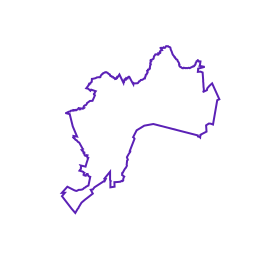 Allende, Chihuahua, Mexico (Albers equal-area conic projection), rotated 43°
{"feature_id": "50627088B83243051408080", "entity_name": "Allende", "entity_type": "district", "adm_level": 2, "iso_a3": "MEX", "parent_name": "Mexico", "parent_adm1": "Chihuahua", "projection": "albers", "projection_center": [-105.393, 27.035], "detail": "fine", "context": "isolated", "style": "outline", "palette": "violet", "viewbox_px": 256, "rotation_deg": 43, "n_neighbors": 0, "source": "geoboundaries", "source_scale": "gbopen_adm2", "svg_char_len": 5669}
<svg xmlns="http://www.w3.org/2000/svg" viewBox="0 0 256 256"><g transform="rotate(43 128 128)"><path d="M72.6,159.4L75.9,157.6L86.5,164.5L96.6,169.0L93.5,171.0L94.1,171.6L94.3,172.2L94.6,172.1L95.2,171.6L95.4,171.7L95.6,172.3L96.3,172.1L97.1,172.4L98.2,172.3L98.7,172.0L100.8,172.3L101.7,172.0L102.5,172.0L108.9,174.1L109.3,174.1L109.2,174.5L109.6,175.5L109.4,175.7L110.1,175.8L110.3,175.5L111.5,175.6L111.6,176.0L112.7,176.7L113.0,176.5L113.2,176.1L114.4,177.3L114.7,177.2L115.6,177.5L116.2,177.1L116.2,176.1L117.0,175.6L117.4,176.6L117.9,176.8L118.3,177.2L118.6,177.4L118.9,177.3L119.3,177.0L121.6,181.9L123.3,185.2L118.9,187.7L120.1,188.1L120.4,189.0L121.0,189.4L121.5,190.2L121.4,191.1L121.6,192.3L122.5,191.8L123.0,191.6L124.3,190.9L125.3,190.6L125.8,190.8L126.5,190.6L126.5,190.9L127.4,192.5L127.6,192.4L128.3,192.5L128.5,192.4L128.7,192.0L129.6,191.8L129.7,191.7L129.4,191.1L129.1,189.9L129.2,189.7L129.7,189.5L129.9,189.2L130.9,189.8L132.1,190.1L132.7,190.0L132.9,189.8L133.4,189.7L133.7,189.5L138.3,197.0L137.3,199.7L137.4,200.3L136.8,201.9L136.8,203.1L136.5,204.1L135.6,205.4L134.1,206.9L133.6,208.5L133.1,209.3L131.4,210.1L123.7,212.3L123.9,220.5L126.0,218.5L126.2,222.9L141.9,225.5L147.4,226.1L146.3,221.3L146.4,220.5L145.9,219.3L145.8,218.6L144.9,214.3L145.4,209.9L147.0,200.0L142.9,198.6L143.8,197.3L144.2,196.9L143.9,194.3L146.7,183.1L147.2,183.0L146.5,180.5L146.0,180.9L146.0,181.4L145.3,181.3L144.7,172.2L150.4,178.3L151.4,178.5L151.3,178.8L155.6,183.4L158.2,180.1L155.0,176.9L157.4,174.4L159.2,172.3L159.3,171.1L159.6,170.8L160.2,170.6L160.3,169.8L160.2,169.5L159.3,168.6L158.6,167.1L158.4,166.1L155.7,166.4L155.1,165.4L154.5,165.1L154.4,164.4L154.6,164.0L153.9,161.5L153.5,159.5L153.6,158.9L153.1,156.8L152.7,156.1L152.1,155.8L149.6,152.5L149.6,151.6L149.4,151.2L148.2,150.7L147.1,150.1L146.2,146.3L145.9,144.0L145.6,143.5L145.0,143.7L140.2,131.6L140.1,131.4L138.6,131.1L138.0,131.2L135.9,123.8L138.3,115.2L143.8,107.8L184.1,85.8L184.9,86.5L185.2,86.5L186.2,85.7L187.2,85.7L185.6,83.6L185.9,82.7L186.0,82.7L186.0,82.4L187.9,77.1L183.3,72.8L184.1,69.6L185.6,68.4L187.8,67.5L174.3,46.8L175.2,44.7L159.1,38.0L158.8,41.6L158.9,44.6L159.0,45.1L159.9,46.5L158.5,50.0L158.3,50.0L158.2,49.9L158.2,49.6L157.9,48.8L156.1,47.1L155.5,46.7L152.2,43.5L151.5,43.0L150.2,41.6L144.7,36.5L142.6,37.3L140.8,39.3L138.8,36.7L142.4,31.0L138.0,33.7L137.9,33.2L135.6,29.9L134.5,30.7L134.2,31.2L133.0,30.7L132.8,30.8L132.9,31.4L132.6,32.5L133.2,33.7L133.2,34.5L133.8,35.2L134.0,35.6L134.1,36.1L133.9,36.7L134.1,37.1L134.2,37.6L134.0,38.3L133.6,38.4L133.4,38.8L133.2,39.8L132.8,40.5L132.8,40.8L132.4,41.7L132.4,42.0L132.1,42.3L131.6,42.4L131.3,42.6L130.5,43.9L129.4,44.6L129.1,45.2L127.8,45.8L127.5,46.1L127.5,46.8L126.9,47.2L125.8,47.4L125.2,47.3L124.6,47.7L123.4,47.6L122.9,47.4L122.5,46.6L121.9,46.6L121.7,46.2L121.4,45.9L120.1,45.4L118.8,45.2L117.9,44.6L117.4,44.5L116.3,44.9L115.6,44.6L114.9,44.7L114.2,44.2L113.7,44.5L112.7,44.1L110.6,43.8L110.4,43.6L110.0,43.5L107.8,42.3L105.8,41.5L104.1,40.3L103.2,40.4L102.1,41.0L101.7,40.9L101.4,40.9L101.2,41.3L100.2,42.0L100.0,42.4L100.4,43.8L100.3,44.3L99.8,44.7L99.0,44.7L98.9,45.0L99.0,45.6L98.9,46.0L97.8,46.5L97.2,47.2L97.4,47.4L99.8,47.9L99.4,48.5L99.2,49.3L99.1,50.3L99.3,50.5L100.3,50.9L100.4,51.1L100.2,51.6L99.1,52.7L99.3,52.9L100.1,53.1L100.2,53.5L100.0,53.9L99.5,54.2L98.7,54.6L97.8,55.5L98.1,56.7L98.1,57.9L99.1,59.3L99.4,59.9L99.0,61.7L98.3,62.6L98.2,62.8L98.6,63.5L99.6,63.6L99.6,64.5L100.1,65.5L100.3,65.7L100.5,65.5L101.1,65.7L101.1,66.0L101.4,66.3L101.4,66.6L101.6,67.0L101.7,67.5L102.5,68.3L102.6,68.8L103.4,69.5L103.4,70.0L103.5,70.1L103.4,70.4L103.5,70.6L103.0,71.1L102.8,71.7L102.9,71.9L103.2,72.0L103.3,72.3L103.0,73.1L103.5,73.4L104.0,73.5L104.3,73.8L104.2,74.1L104.6,74.4L104.7,75.4L105.1,76.1L104.9,76.6L105.1,76.9L104.8,76.7L104.8,77.2L105.5,78.1L105.8,78.6L105.8,79.3L106.5,80.1L106.6,80.3L105.9,81.1L105.9,82.0L105.4,83.4L104.8,83.8L104.6,84.1L104.7,85.8L104.6,86.2L104.3,86.4L104.6,88.2L104.4,88.8L102.2,91.1L101.3,91.3L102.1,92.4L99.5,91.6L94.1,89.7L93.9,89.7L93.5,90.1L93.5,90.8L93.4,91.1L93.6,91.3L93.6,91.6L93.8,91.8L93.9,92.0L93.5,92.3L93.5,92.6L93.1,92.4L92.8,92.9L92.6,92.9L92.7,93.4L92.5,93.7L92.5,94.6L92.8,94.7L92.4,95.0L92.6,95.5L92.9,95.6L92.9,96.2L93.3,96.5L93.2,97.0L93.6,97.1L93.6,97.4L93.8,97.5L93.7,97.8L93.9,98.1L85.2,94.7L85.3,95.3L85.5,95.7L85.5,96.0L85.5,96.6L85.8,97.1L85.1,97.9L85.3,98.4L85.8,98.7L86.0,99.0L85.9,99.3L85.9,100.0L85.2,101.0L85.0,100.9L84.2,100.9L84.1,100.7L83.9,100.9L83.3,100.9L83.0,101.2L82.4,100.9L82.0,100.9L81.1,101.3L81.0,101.6L80.2,101.5L79.9,101.8L79.2,101.9L78.6,101.4L77.9,101.5L77.7,101.3L77.2,101.6L76.3,101.7L75.7,101.6L75.4,101.5L74.8,101.9L74.2,101.9L73.8,102.2L73.4,102.6L73.4,103.1L73.0,103.4L72.9,104.0L72.4,104.9L72.6,105.4L72.5,106.1L72.3,106.3L72.4,107.4L72.3,107.9L72.7,109.0L73.1,109.7L72.8,110.2L72.2,110.5L70.7,112.3L70.5,113.1L70.1,114.0L68.8,115.9L68.1,116.7L70.0,119.0L69.8,120.2L69.8,120.7L70.1,121.1L69.7,121.6L69.9,122.1L69.4,122.3L69.7,123.1L70.0,123.2L70.4,127.4L72.2,126.4L75.1,126.4L74.9,125.1L79.3,123.1L79.5,124.7L79.9,125.3L79.8,126.3L80.2,126.7L81.5,126.6L83.5,132.3L81.7,134.2L81.2,137.0L81.0,137.5L81.4,138.4L81.6,139.7L81.5,140.1L81.0,140.8L81.0,141.2L80.8,141.8L80.9,142.2L81.5,143.7L82.2,143.4L82.1,144.1L81.8,144.3L81.7,144.8L81.1,145.1L80.0,146.0L80.2,146.4L79.7,146.4L79.7,147.0L79.0,146.7L78.3,147.1L78.5,147.7L78.5,148.4L78.4,148.6L78.5,148.8L78.2,149.3L78.1,150.2L77.4,150.5L77.4,151.0L76.7,151.8L76.3,151.6L75.6,152.2L75.8,152.9L75.5,153.0L75.4,153.3L74.9,153.7L74.6,154.0L74.4,154.5L74.5,155.3L73.8,156.1L73.0,157.9L72.9,158.4L72.5,159.3L72.6,159.4Z" fill="none" stroke="#5b21b6" stroke-width="2"/></g></svg>